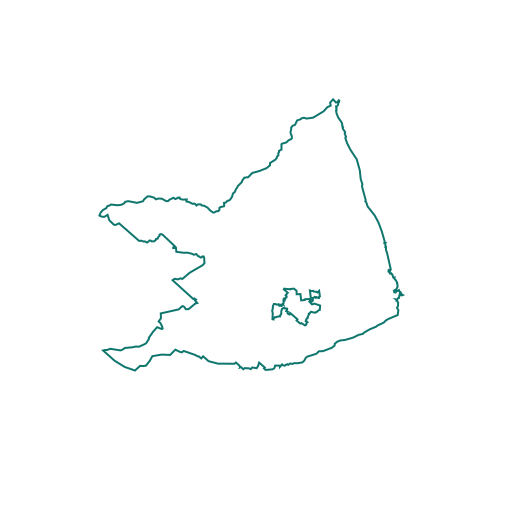 Serdang Bedagai, Sumatera Utara, Indonesia, rotated 41°
{"feature_id": "22746128B52277249956552", "entity_name": "Serdang Bedagai", "entity_type": "district", "adm_level": 2, "iso_a3": "IDN", "parent_name": "Indonesia", "parent_adm1": "Sumatera Utara", "projection": "orthographic", "projection_center": [99.078, 3.349], "detail": "fine", "context": "isolated", "style": "outline", "palette": "teal", "viewbox_px": 512, "rotation_deg": 41, "n_neighbors": 0, "source": "geoboundaries", "source_scale": "gbopen_adm2", "svg_char_len": 6147}
<svg xmlns="http://www.w3.org/2000/svg" viewBox="0 0 512 512"><g transform="rotate(41 256 256)"><path d="M357.6,309.7L360.8,305.9L361.1,303.4L360.4,300.4L360.6,298.5L365.7,290.2L366.0,286.6L368.9,284.0L373.4,275.6L374.1,272.2L373.0,270.4L373.6,267.2L375.0,264.5L378.3,260.9L382.7,254.1L385.3,248.0L387.7,244.8L387.8,242.9L389.9,236.8L393.0,230.6L393.3,228.7L396.1,222.5L396.3,219.3L397.2,216.7L401.7,207.6L398.9,203.4L396.4,202.6L396.0,200.6L393.9,198.0L392.3,197.3L391.4,197.6L391.2,197.0L390.1,197.0L391.1,196.4L390.8,195.0L391.4,194.1L389.0,189.6L390.5,190.5L391.2,190.5L391.9,190.1L392.4,189.1L391.1,189.4L388.9,188.5L386.4,188.7L386.1,188.3L385.3,190.3L385.3,191.9L384.3,192.7L382.8,191.7L383.7,189.4L383.1,186.4L381.1,184.4L380.5,184.3L380.2,183.6L377.5,182.6L375.6,182.4L375.1,181.8L374.5,181.9L374.4,181.5L373.8,182.2L370.8,180.4L370.2,180.8L369.3,180.4L368.6,181.3L367.6,180.8L366.2,180.9L365.3,179.4L366.2,178.7L366.5,179.3L367.0,179.3L366.5,177.7L352.9,167.7L349.9,166.0L348.8,164.6L348.0,164.6L347.8,163.6L347.3,163.7L345.4,161.8L345.0,162.0L345.0,161.1L344.1,161.6L343.4,160.5L334.8,154.9L326.5,150.4L318.9,147.5L307.8,145.4L303.7,143.0L302.6,143.0L302.2,141.9L291.3,134.6L290.0,133.5L289.3,132.1L284.5,129.2L278.2,123.3L268.7,117.0L258.0,114.0L250.7,111.1L246.3,108.5L245.7,107.9L245.8,107.0L242.6,105.4L242.0,104.0L238.1,103.0L236.9,102.1L237.1,101.7L235.2,100.8L235.0,100.3L233.2,99.1L227.1,97.5L223.5,95.7L221.1,93.8L221.3,93.4L219.0,91.2L219.4,91.2L218.8,90.5L218.8,88.1L217.5,86.4L217.7,85.5L217.0,84.2L216.3,84.2L216.5,86.3L215.7,87.7L211.4,87.2L211.3,91.6L213.7,93.5L212.2,96.9L212.1,102.5L208.3,114.2L203.9,119.2L201.5,120.2L200.2,121.9L200.0,123.4L198.1,126.8L199.4,131.3L198.2,133.9L198.3,136.0L199.7,137.7L200.5,139.5L201.8,140.8L204.5,142.1L205.8,143.6L205.8,144.8L204.7,147.2L204.4,150.4L202.0,154.1L201.9,155.0L205.4,158.9L204.4,161.5L205.4,162.9L205.4,163.9L206.9,165.4L206.6,166.9L207.3,168.4L207.4,170.6L205.6,176.6L207.1,178.4L206.3,182.8L202.7,189.8L198.7,195.8L198.4,201.6L195.8,204.6L196.1,207.7L196.8,209.9L196.4,215.2L197.0,217.2L197.0,218.8L198.0,221.3L197.6,224.0L199.1,227.1L199.5,230.5L199.3,231.6L198.2,233.1L198.1,235.5L197.0,236.9L198.9,238.7L199.2,239.5L197.1,242.4L196.8,243.6L198.1,245.2L198.2,246.8L196.7,248.3L196.0,250.5L195.2,251.3L191.8,251.7L187.6,251.3L184.0,252.1L181.8,253.5L180.5,253.3L179.9,253.7L178.1,255.4L177.9,257.0L175.8,256.7L174.8,257.1L174.0,258.2L169.7,259.3L167.9,260.5L167.2,260.1L166.6,258.8L163.7,261.5L161.9,262.5L160.7,262.7L160.0,262.0L158.6,263.5L158.7,264.1L157.7,266.0L155.5,266.2L153.7,270.4L153.7,272.0L152.5,273.4L147.2,274.6L144.4,276.9L143.3,278.9L140.9,278.8L136.9,280.6L135.0,282.2L134.4,286.8L134.8,288.8L131.4,293.9L123.5,298.5L121.7,301.0L122.0,302.5L120.8,305.6L118.4,308.4L112.8,312.3L112.5,313.6L111.1,316.0L111.6,318.0L110.3,321.9L110.3,325.2L111.3,328.2L113.5,327.6L115.1,326.6L115.9,325.8L117.0,322.3L121.9,325.3L127.7,325.6L128.7,325.4L129.6,324.7L131.2,321.2L157.9,321.3L159.4,319.7L161.4,319.0L162.7,317.8L164.5,317.5L165.1,317.0L165.5,314.1L166.5,313.4L167.8,313.4L169.5,311.6L169.9,309.9L169.3,308.9L170.4,307.4L169.7,305.4L170.0,304.2L169.2,303.1L169.6,302.1L170.4,301.5L171.9,301.2L188.8,301.9L188.9,302.5L188.5,302.4L187.9,303.8L188.4,304.3L190.3,302.4L193.1,305.1L198.9,301.3L202.3,298.3L206.1,296.4L208.3,295.8L209.7,293.7L212.7,294.1L213.5,293.6L215.2,293.5L215.9,292.6L215.9,291.4L216.8,290.7L218.2,291.5L221.8,295.2L221.8,297.8L216.9,312.2L215.5,321.6L213.7,322.4L212.3,325.0L209.6,326.5L208.9,329.0L237.0,329.6L237.4,328.4L239.4,328.3L239.3,329.6L242.5,330.0L241.4,331.7L240.0,340.3L238.0,342.2L235.2,341.5L233.6,341.8L233.2,342.6L232.7,347.0L221.8,361.8L225.1,365.3L225.5,369.3L227.7,369.3L230.9,370.5L233.1,372.0L233.0,372.8L232.4,373.1L228.1,374.6L228.0,380.5L228.8,388.1L229.5,388.5L230.3,393.6L229.9,395.4L227.2,401.2L224.4,403.5L222.6,406.0L217.4,411.4L216.6,414.5L215.6,416.2L206.8,421.7L205.3,424.6L203.7,426.0L202.6,427.6L217.9,427.8L229.6,425.9L239.8,421.8L240.6,415.0L243.4,412.8L244.9,410.9L244.6,404.8L243.5,399.6L249.4,392.4L256.1,387.0L256.6,379.6L261.7,378.2L263.2,377.4L263.7,375.2L264.7,374.7L274.7,370.7L278.1,369.9L278.6,369.3L281.9,369.2L281.9,366.4L289.2,366.5L297.9,362.2L310.5,351.4L310.7,349.6L315.2,349.6L317.0,350.2L317.1,350.6L317.6,349.7L320.7,349.8L321.0,348.1L324.2,345.5L326.3,344.8L326.3,342.6L330.1,340.2L329.7,337.6L328.3,334.4L335.8,334.4L335.8,335.6L337.9,335.7L338.7,335.0L342.8,330.7L343.3,329.7L343.3,328.1L342.3,326.2L346.0,323.0L346.8,323.9L346.8,320.7L348.3,320.7L349.7,319.9L349.9,318.3L350.7,317.6L350.7,317.1L351.7,317.0L352.3,314.7L354.2,313.7L355.0,312.0L357.6,309.7ZM326.5,240.9L330.7,244.5L330.4,245.5L331.1,246.3L330.7,246.8L328.9,247.2L328.7,248.2L327.9,247.9L327.2,248.2L327.2,249.1L326.3,250.4L327.9,252.0L328.2,252.9L327.7,252.9L327.7,253.6L327.1,253.6L327.1,253.1L326.7,253.5L326.9,254.1L326.1,254.0L326.1,255.4L330.0,255.8L331.4,253.6L336.9,251.3L339.5,254.8L339.0,255.3L338.5,258.7L338.1,258.8L337.7,260.2L334.0,262.1L334.2,264.1L333.7,264.8L334.4,265.3L334.4,266.4L335.6,268.9L335.3,269.0L335.6,271.1L336.1,271.4L336.2,272.5L338.3,272.2L338.1,273.8L338.9,274.7L338.9,275.7L338.4,276.3L334.4,276.8L334.0,277.8L333.3,278.0L328.9,278.0L328.8,276.6L319.1,276.6L319.7,278.1L318.5,278.6L317.4,278.5L316.7,277.2L315.0,277.8L314.6,275.9L314.0,275.3L312.0,276.8L311.2,276.4L310.3,278.7L311.2,280.9L313.2,283.4L313.1,285.0L313.8,285.8L311.8,287.8L311.2,289.4L310.3,289.8L310.1,291.1L310.9,292.4L309.9,292.9L306.3,288.3L304.1,286.7L303.0,284.4L301.7,282.9L301.0,280.5L301.9,279.6L303.6,279.1L304.8,277.5L306.2,278.2L306.5,276.8L307.0,276.7L307.5,277.3L307.9,277.1L308.2,276.2L307.6,275.3L308.5,274.9L307.6,274.5L307.7,273.3L306.4,272.1L306.8,271.1L305.7,271.1L305.0,270.4L305.1,269.5L306.1,269.4L306.3,268.8L305.8,267.8L306.1,267.0L305.5,266.3L304.1,266.2L304.1,262.9L298.9,262.9L298.7,262.2L303.8,258.6L303.6,258.3L306.1,255.7L309.5,255.7L311.8,258.2L314.5,255.6L319.2,259.9L321.7,257.2L321.3,256.7L321.9,255.9L325.4,252.6L324.7,251.5L319.3,246.7L319.7,246.5L320.1,246.9L322.0,244.8L323.0,244.9L325.0,243.4L326.3,243.2L326.5,240.9Z" fill="none" stroke="#0f766e" stroke-width="2"/></g></svg>